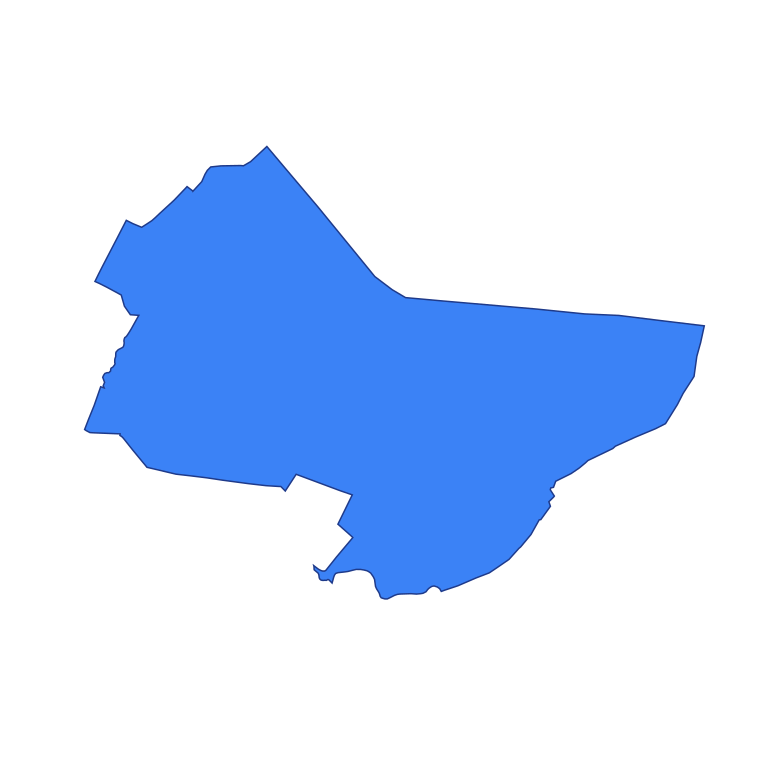 the district of Seleus, Arad, Romania, rotated 191°
{"feature_id": "2599482B93238774632667", "entity_name": "Seleus", "entity_type": "district", "adm_level": 2, "iso_a3": "ROU", "parent_name": "Romania", "parent_adm1": "Arad", "projection": "mercator", "projection_center": [21.739, 46.383], "detail": "fine", "context": "isolated", "style": "filled", "palette": "blue", "viewbox_px": 768, "rotation_deg": 191, "n_neighbors": 0, "source": "geoboundaries", "source_scale": "gbopen_adm2", "svg_char_len": 2756}
<svg xmlns="http://www.w3.org/2000/svg" viewBox="0 0 768 768"><g transform="rotate(191 384 384)"><path d="M668.2,495.5L673.5,477.3L682.8,445.8L685.1,437.7L687.3,429.5L682.6,428.4L674.1,426.0L658.9,421.2L653.7,410.9L649.6,406.9L646.2,403.6L637.8,404.6L642.7,389.6L644.4,385.1L645.6,382.3L646.3,381.1L647.3,380.1L647.6,378.6L647.6,377.6L647.5,376.5L647.0,375.2L646.8,373.9L646.8,372.2L647.0,370.9L647.7,369.9L651.4,367.0L653.0,364.5L653.2,363.3L652.6,359.6L652.9,357.8L652.9,356.4L652.7,355.3L652.4,353.6L651.9,352.8L652.1,351.4L653.5,348.7L654.8,347.6L655.1,346.7L654.9,344.5L656.3,342.6L658.0,342.3L660.0,341.1L660.9,339.1L661.4,336.9L658.6,332.3L659.3,328.7L658.0,326.8L661.6,327.2L664.4,307.7L667.3,292.9L669.2,282.2L667.4,281.4L663.4,280.2L660.3,280.6L633.5,284.7L633.4,283.1L631.5,282.4L629.6,281.1L617.9,271.1L606.0,261.3L603.4,259.2L600.8,257.0L571.0,255.8L557.0,256.9L540.0,258.1L523.7,258.8L498.3,260.3L480.4,261.7L467.4,263.4L465.7,263.7L460.5,260.1L453.0,278.6L406.7,270.9L394.0,269.1L402.5,237.6L385.9,227.8L385.3,227.3L397.6,205.2L405.4,190.2L406.5,189.1L408.6,188.7L410.4,188.9L413.0,189.7L416.5,191.4L418.3,192.3L417.8,191.2L417.5,189.7L417.1,188.3L415.0,187.1L412.6,185.8L411.6,184.4L410.6,181.4L409.8,180.3L408.4,179.5L407.0,179.5L405.7,179.7L404.6,180.1L403.2,180.2L401.7,181.4L400.6,181.2L397.0,178.7L396.7,182.1L396.5,184.9L396.1,187.1L395.3,188.8L393.2,190.0L386.5,192.1L383.6,193.1L379.0,195.3L375.9,196.7L371.6,197.5L368.2,197.6L364.9,197.4L363.3,196.9L361.0,195.9L357.8,192.8L356.0,190.4L353.7,183.7L352.2,181.5L350.0,179.2L349.3,178.4L348.6,177.5L347.2,174.8L345.9,173.6L344.3,173.4L342.2,173.2L339.7,173.7L337.1,175.6L333.4,178.5L330.8,180.0L328.5,180.8L317.6,183.3L312.0,184.0L307.9,185.2L305.8,186.0L303.1,188.1L301.9,190.6L300.6,192.4L298.5,194.4L296.3,195.3L292.9,194.9L290.3,193.7L288.2,191.3L284.9,193.3L273.0,200.0L256.6,211.2L244.6,218.7L237.0,226.3L227.8,235.7L220.2,248.4L218.8,250.1L211.0,264.3L205.7,280.3L204.2,280.8L197.3,295.7L199.7,299.9L195.9,305.4L195.4,306.5L200.6,311.9L200.5,313.8L197.9,314.9L196.9,321.3L183.2,331.8L176.3,338.8L171.2,345.0L169.2,347.8L160.5,354.3L147.1,364.3L145.0,367.1L127.1,379.8L108.8,392.0L100.1,398.8L92.1,419.7L88.6,431.8L81.1,450.6L82.2,470.8L81.3,482.6L81.1,484.7L80.7,502.2L123.7,499.1L166.6,496.1L200.3,491.1L224.3,488.9L248.3,486.7L327.3,478.3L344.3,476.5L367.8,474.1L379.3,472.9L393.9,478.1L413.5,487.7L471.9,536.3L482.6,545.2L513.5,570.0L544.3,594.8L557.4,576.8L563.6,571.4L564.4,571.3L566.4,571.1L585.7,567.0L595.5,564.0L598.2,560.0L599.7,555.8L601.5,547.9L608.4,536.7L608.6,537.0L615.0,540.2L615.6,539.2L625.1,524.4L636.4,509.1L638.7,505.9L640.1,503.9L643.0,500.1L648.2,495.0L651.8,491.6L661.1,493.5L668.2,495.5Z" fill="#3b82f6" stroke="#1e3a8a" stroke-width="1.5"/></g></svg>